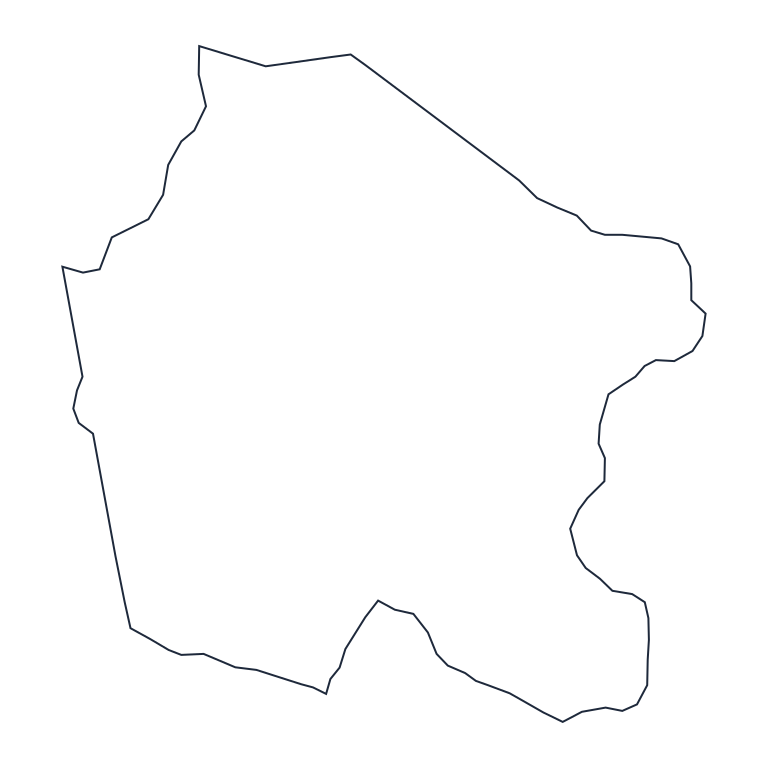 Campo Limpo de Goiás, Goiás, Brazil
{"feature_id": "56859067B68414338718028", "entity_name": "Campo Limpo de Goiás", "entity_type": "district", "adm_level": 2, "iso_a3": "BRA", "parent_name": "Brazil", "parent_adm1": "Goiás", "projection": "equal_earth", "projection_center": [-49.088, -16.284], "detail": "fine", "context": "isolated", "style": "outline", "palette": "slate", "viewbox_px": 768, "rotation_deg": 0, "n_neighbors": 0, "source": "geoboundaries", "source_scale": "gbopen_adm2", "svg_char_len": 1240}
<svg xmlns="http://www.w3.org/2000/svg" viewBox="0 0 768 768"><path d="M199.2,46.1L198.7,74.7L206.0,106.3L194.3,130.4L181.3,141.4L168.2,164.9L163.1,194.8L148.4,219.2L111.8,237.4L99.7,269.3L83.0,272.6L62.4,266.7L82.5,376.7L77.0,390.4L73.3,408.6L78.7,422.9L93.0,433.7L115.5,556.3L124.7,602.2L130.5,628.2L150.1,639.0L168.7,650.0L181.3,654.9L203.6,653.9L235.3,667.3L256.4,669.9L274.5,675.7L301.1,684.2L313.0,687.4L326.1,693.9L330.4,679.0L339.6,667.6L345.4,649.0L365.3,617.2L378.1,600.6L394.8,609.7L413.4,613.9L427.9,632.5L436.6,653.9L447.8,665.6L465.2,673.1L475.9,680.9L488.0,685.2L509.7,693.3L530.3,705.0L543.4,712.5L562.7,721.9L581.9,711.8L605.6,707.6L622.3,710.9L637.0,704.4L647.2,685.2L647.7,659.8L648.9,639.9L648.4,618.1L644.8,602.2L632.2,594.1L612.4,590.8L600.0,578.8L585.7,568.0L577.0,555.3L570.2,528.7L578.7,509.8L587.4,498.1L604.4,481.2L604.9,458.1L598.6,443.7L599.8,424.5L608.5,394.3L623.0,384.5L635.4,376.7L644.6,366.0L655.9,360.1L674.3,361.1L692.5,351.0L702.4,336.0L705.6,313.6L691.3,300.2L691.3,283.3L690.1,266.4L678.2,244.3L661.5,238.4L622.3,234.8L604.9,234.8L591.1,230.6L576.8,215.6L557.2,207.5L537.1,198.1L519.2,180.5L365.7,65.3L350.7,54.5L330.9,57.1L265.7,66.3L199.2,46.1Z" fill="none" stroke="#1e293b" stroke-width="2"/></svg>